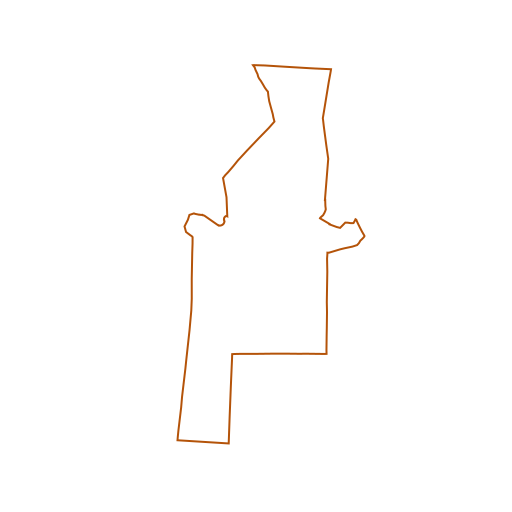 Al Mayadin, Dayr Az Zawr, Syria, rotated 306°
{"feature_id": "27442178B96470480022323", "entity_name": "Al Mayadin", "entity_type": "district", "adm_level": 2, "iso_a3": "SYR", "parent_name": "Syria", "parent_adm1": "Dayr Az Zawr", "projection": "albers", "projection_center": [40.466, 34.927], "detail": "fine", "context": "isolated", "style": "outline", "palette": "amber", "viewbox_px": 512, "rotation_deg": 306, "n_neighbors": 0, "source": "geoboundaries", "source_scale": "gbopen_adm2", "svg_char_len": 3231}
<svg xmlns="http://www.w3.org/2000/svg" viewBox="0 0 512 512"><g transform="rotate(306 256 256)"><path d="M88.3,344.1L110.1,329.4L136.3,311.9L159.7,296.4L162.6,294.4L163.6,295.6L166.3,299.1L178.0,315.1L187.6,328.0L194.5,337.5L202.4,348.6L206.4,354.0L217.1,369.1L218.3,370.6L221.3,368.3L233.9,359.4L239.5,355.5L252.1,346.6L253.3,345.7L260.3,340.4L285.1,323.0L295.7,315.0L299.7,312.5L300.7,311.8L301.7,313.2L310.9,320.2L314.2,323.0L320.3,328.5L324.3,331.4L326.2,331.6L326.9,331.7L329.7,331.4L331.7,331.8L333.8,332.1L335.5,332.2L336.1,331.8L338.0,327.5L340.0,323.5L342.7,318.4L344.0,316.2L344.3,315.8L344.2,314.9L342.0,315.3L339.9,315.5L338.2,313.2L336.9,310.7L335.5,308.6L331.4,308.0L328.2,307.5L326.9,304.3L324.8,296.9L325.2,296.8L324.1,285.6L324.6,285.5L326.3,285.8L328.4,286.3L331.2,286.0L333.4,285.5L334.8,285.0L337.3,282.7L340.9,279.9L342.1,279.0L341.9,278.8L377.1,257.3L387.1,247.6L400.9,234.5L405.6,230.2L406.7,229.1L414.5,225.2L439.3,212.7L446.4,209.3L449.7,207.7L451.2,206.9L442.1,193.1L438.3,187.2L426.8,169.2L415.3,151.1L408.9,141.7L408.6,141.4L407.8,144.1L406.4,146.0L405.3,148.0L404.0,150.4L402.4,152.3L401.4,154.2L400.5,157.0L398.9,160.8L397.5,163.9L397.0,165.3L396.3,167.5L396.0,169.0L392.6,172.1L389.0,175.7L385.3,180.3L380.6,186.2L378.4,188.5L375.6,191.9L367.1,191.1L352.8,189.0L336.4,186.8L322.9,185.2L315.1,184.8L310.2,184.4L307.7,184.2L303.3,183.6L299.7,183.5L286.2,197.6L271.4,209.3L271.4,209.2L271.2,209.0L271.2,208.9L271.0,208.7L270.9,208.7L270.7,208.5L270.6,208.4L270.4,208.3L270.4,208.2L270.2,208.2L269.9,208.0L269.8,207.9L269.7,207.9L269.4,207.8L269.2,207.8L268.9,207.8L268.7,207.8L268.4,207.8L268.2,207.9L267.9,208.0L267.7,208.0L267.4,208.2L267.2,208.3L266.9,208.5L266.7,208.6L266.6,208.8L266.4,208.9L266.4,209.0L266.2,209.1L266.1,209.3L266.0,209.5L265.9,209.5L265.7,209.8L265.5,210.0L265.4,210.0L265.2,210.2L265.2,210.3L264.9,210.4L264.7,210.5L264.4,210.6L264.2,210.6L263.9,210.7L263.7,210.7L263.5,210.8L263.4,210.8L263.2,210.8L262.9,210.8L262.7,210.8L262.6,210.7L262.4,210.7L262.2,210.7L261.9,210.6L261.7,210.6L261.4,210.4L261.2,210.4L260.9,210.2L260.7,210.1L260.5,209.9L260.4,209.9L260.2,209.7L259.9,209.5L259.8,209.4L259.7,209.3L259.6,209.2L259.4,208.9L259.3,208.7L259.2,208.7L259.1,208.4L259.0,208.2L258.9,208.1L258.8,207.9L258.8,207.7L258.7,207.7L258.7,207.4L258.6,207.2L258.5,201.9L258.3,190.8L258.3,190.7L258.2,190.5L258.2,190.4L258.2,190.2L258.1,189.9L258.1,189.7L258.0,189.4L257.9,189.2L257.8,188.9L257.8,188.7L257.7,188.7L257.7,188.4L257.5,188.2L257.4,188.0L257.3,187.9L257.2,187.8L257.2,187.7L257.0,187.4L256.9,187.3L256.9,187.2L256.7,186.9L256.6,186.7L256.4,186.4L256.3,186.2L256.2,186.0L256.1,185.9L256.1,185.7L255.9,185.5L255.9,185.4L255.7,185.2L255.6,184.9L255.5,184.7L255.4,184.4L255.3,184.2L255.2,184.0L255.1,183.8L255.1,183.7L254.9,183.3L254.8,183.1L254.7,182.9L254.6,182.7L254.5,182.4L254.4,182.2L254.3,181.9L254.2,181.7L254.1,181.4L254.1,181.2L254.0,180.9L253.9,180.8L253.9,180.7L250.1,178.0L245.3,179.6L237.9,180.8L234.3,185.3L234.2,190.7L234.3,192.3L234.0,193.6L228.7,197.4L221.3,202.4L199.8,217.4L183.6,229.2L173.7,235.8L156.8,245.9L130.9,260.7L123.5,265.0L98.7,278.9L89.6,284.4L69.4,295.7L63.6,299.1L60.8,300.8L88.3,344.1Z" fill="none" stroke="#b45309" stroke-width="2"/></g></svg>